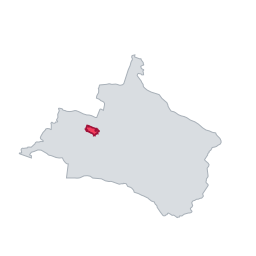 location of Luilu, Kasaï-Oriental, Democratic Republic of the Congo, rotated 109°
{"feature_id": "63176286B70348427219396", "entity_name": "Luilu", "entity_type": "district", "adm_level": 2, "iso_a3": "COD", "parent_name": "Democratic Republic of the Congo", "parent_adm1": "Kasaï-Oriental", "projection": "equal_earth", "projection_center": [23.592, -7.312], "detail": "fine", "context": "in_parent", "style": "filled", "palette": "rose", "viewbox_px": 256, "rotation_deg": 109, "n_neighbors": 0, "source": "geoboundaries", "source_scale": "gbopen_adm2", "svg_char_len": 6199}
<svg xmlns="http://www.w3.org/2000/svg" viewBox="0 0 256 256"><g transform="rotate(109 128 128)"><path d="M195.3,169.9L181.4,172.8L181.7,173.8L181.5,174.9L181.2,175.8L179.8,178.1L177.7,180.2L177.6,180.7L178.7,183.1L179.3,186.3L179.1,192.0L179.4,193.5L179.3,194.7L178.6,196.0L177.2,202.9L178.1,206.1L180.8,209.2L182.4,211.5L185.1,212.3L185.5,212.2L185.7,210.3L187.8,209.6L187.7,221.7L187.6,222.4L187.2,222.5L186.7,222.1L186.5,221.0L186.0,220.5L183.3,222.0L182.7,222.0L182.0,221.7L181.4,221.1L181.3,220.2L179.5,216.6L178.6,216.4L177.6,213.2L173.4,210.9L171.9,210.7L171.0,210.0L170.2,207.5L168.9,205.9L168.6,204.1L168.3,203.8L167.5,204.2L166.7,207.0L165.8,207.7L164.1,207.7L159.9,206.9L156.8,205.5L156.0,205.6L154.8,204.3L154.3,202.1L154.6,200.4L154.4,200.1L149.8,201.6L148.7,202.4L147.6,202.2L147.3,201.7L147.8,200.6L147.5,199.3L147.2,198.7L145.8,198.3L145.4,196.9L144.6,196.7L144.3,196.9L144.1,197.9L143.6,198.2L140.8,197.7L137.9,198.9L134.1,198.6L132.3,200.0L132.0,200.0L131.6,199.2L131.3,196.9L131.4,196.3L132.0,195.9L132.2,194.9L132.0,192.5L132.2,192.0L132.0,190.6L131.4,188.4L130.6,186.6L128.8,183.9L128.5,182.7L128.6,179.7L129.2,174.9L129.1,171.3L128.4,169.0L128.2,166.5L128.7,162.1L128.2,161.0L119.5,160.6L119.1,160.3L118.9,159.7L119.3,157.0L114.0,157.7L112.4,158.2L111.4,159.3L111.1,160.7L111.0,162.6L110.2,164.4L110.0,167.6L108.5,167.9L107.1,167.9L104.2,167.3L101.4,168.1L100.1,169.0L99.4,168.6L96.9,168.9L96.5,168.7L93.7,162.5L92.4,160.4L92.1,159.4L92.2,158.5L91.9,157.2L90.5,154.0L90.3,152.5L90.3,150.2L90.2,149.4L89.0,147.4L88.2,146.8L87.3,146.4L72.9,146.7L68.2,146.3L64.7,146.6L63.0,146.4L62.5,146.1L60.9,146.5L60.1,147.4L58.8,147.8L58.1,147.6L56.6,145.3L58.6,144.9L58.7,144.7L58.8,139.2L58.3,138.4L59.4,137.5L61.1,135.0L62.8,134.1L63.1,133.7L63.4,133.7L64.0,134.7L65.5,136.0L67.3,134.9L67.5,134.5L67.8,132.2L68.2,132.0L69.0,132.5L69.4,132.5L70.2,131.8L72.6,130.6L73.3,132.1L72.6,133.5L72.9,134.5L73.0,136.0L73.4,136.3L75.2,136.5L75.7,136.1L79.4,130.7L80.3,130.0L81.9,127.9L83.9,126.9L84.8,125.2L85.9,122.2L86.5,117.8L86.3,110.2L86.4,109.2L88.9,105.7L91.4,99.5L93.1,97.9L94.4,97.2L96.4,95.0L98.0,92.7L97.7,89.9L98.1,87.7L99.0,84.8L99.2,81.7L98.9,78.5L99.1,75.8L100.2,71.6L100.4,66.8L101.4,62.7L103.5,57.6L104.5,53.7L104.3,50.0L104.6,47.2L104.5,45.5L104.1,44.1L104.3,43.2L105.1,42.8L106.1,41.4L107.9,37.7L109.8,35.9L111.1,35.3L112.5,35.4L113.4,35.7L114.9,37.2L116.6,38.3L117.8,39.8L119.0,42.0L122.0,42.5L123.3,43.4L124.1,43.7L124.4,43.4L125.0,43.6L126.4,44.2L127.5,43.9L133.0,45.3L133.6,44.6L135.2,40.7L136.3,39.4L138.2,39.3L139.7,40.0L140.5,40.0L147.2,36.7L148.1,36.5L150.6,37.3L152.2,36.8L152.8,36.9L154.2,36.4L155.3,34.0L156.3,33.5L166.0,36.0L167.5,34.8L168.2,34.6L170.3,35.5L171.0,36.9L172.3,38.2L173.2,40.2L174.7,41.3L175.4,42.4L176.3,43.2L178.0,43.4L180.3,41.6L181.9,41.8L183.5,42.8L184.0,42.8L185.2,41.7L185.8,40.5L186.4,40.3L187.4,40.8L188.2,41.9L188.8,43.4L191.3,46.9L193.6,48.4L194.2,50.5L195.1,50.3L195.5,50.5L196.1,51.9L196.6,52.1L196.6,52.7L196.1,54.0L195.5,56.4L196.2,57.9L195.6,60.1L195.3,62.3L196.1,62.9L197.1,62.8L198.0,64.0L198.7,64.2L199.4,65.4L199.3,66.5L196.9,70.1L193.5,74.6L192.3,75.2L191.7,76.0L191.2,77.3L190.2,78.4L189.4,78.9L189.4,82.1L188.2,85.5L187.8,86.1L187.1,91.6L187.2,92.6L186.6,97.0L186.7,101.2L185.0,102.5L183.8,104.5L183.3,106.0L183.3,109.3L181.4,111.4L181.3,111.9L181.8,114.3L182.5,114.6L182.5,115.4L184.0,118.0L183.9,125.9L184.0,126.7L184.8,128.5L185.3,132.1L184.7,136.6L186.8,145.0L185.9,148.0L186.3,150.9L187.6,154.0L190.5,157.0L191.3,158.2L192.0,159.9L192.7,162.5L195.3,169.9Z" fill="#d9dde1" stroke="#a8b0b8" stroke-width="1"/><path d="M139.4,157.3L139.4,157.5L139.2,157.7L139.2,157.8L139.2,158.0L139.3,158.0L139.2,158.0L139.3,158.1L139.3,158.3L139.3,158.2L139.3,158.3L139.2,158.3L139.1,158.5L139.1,158.8L139.1,159.0L139.0,159.4L139.0,159.5L139.1,159.8L139.1,160.0L139.1,160.4L139.1,160.7L139.1,161.0L139.1,161.3L139.3,161.5L139.2,161.7L139.2,161.8L139.1,162.0L139.3,162.4L139.2,162.5L139.1,162.8L139.0,163.0L138.9,163.0L138.9,163.3L139.0,163.3L139.0,163.5L139.0,163.8L139.0,164.0L139.0,164.3L139.0,164.6L138.9,164.7L139.0,164.8L138.9,164.8L139.0,164.8L138.9,165.0L138.8,165.4L138.7,165.4L138.7,165.5L138.7,165.8L138.7,166.0L138.8,166.0L138.7,166.1L138.7,166.3L138.8,166.3L138.7,166.4L138.7,166.5L138.7,166.9L138.7,167.0L138.9,167.3L138.9,167.5L139.0,167.5L139.0,167.4L139.1,167.5L139.3,167.6L139.5,167.5L139.7,167.3L140.2,167.4L140.3,167.5L140.7,167.3L140.8,167.5L141.0,167.6L141.3,167.6L141.4,167.4L141.5,167.4L141.8,167.4L142.0,167.6L142.5,167.6L142.5,167.4L142.6,167.2L142.7,166.9L142.7,166.7L142.9,166.5L143.0,166.2L143.1,166.3L143.3,166.5L143.4,167.0L143.4,167.3L143.4,167.5L143.5,167.4L143.5,167.2L143.5,166.8L143.8,166.6L144.1,166.5L144.4,166.3L144.5,166.2L144.5,165.9L144.5,165.7L144.4,165.6L144.2,165.2L144.3,164.9L144.3,164.7L144.2,164.7L144.3,164.6L144.3,164.3L144.3,164.1L144.4,163.8L144.3,163.7L144.2,163.5L144.3,163.5L144.3,163.4L144.3,163.2L144.4,162.8L144.5,162.8L144.5,162.7L144.6,162.4L144.6,162.0L144.6,161.9L144.7,161.7L144.8,161.6L144.8,161.4L144.7,161.4L144.5,161.1L144.6,160.9L144.7,160.6L144.6,160.2L144.6,159.8L144.7,159.7L144.9,159.6L145.0,159.2L145.2,158.9L145.2,158.7L145.3,158.7L145.5,158.5L145.8,158.3L145.9,158.2L145.8,157.9L145.9,157.7L146.0,157.7L145.9,157.6L145.9,157.4L145.7,157.3L145.8,157.3L146.0,157.2L145.9,157.0L145.9,156.9L145.7,157.0L145.4,157.1L145.2,156.8L145.1,156.7L144.8,156.8L144.3,156.8L144.2,156.7L143.8,156.3L143.8,156.2L143.9,155.9L143.6,155.8L143.5,155.7L143.4,155.7L143.4,155.4L143.2,155.4L142.9,155.3L142.9,155.1L142.7,155.3L142.6,155.1L142.4,155.2L142.4,155.3L142.2,155.3L142.0,155.5L141.8,155.5L141.7,155.5L141.4,155.2L141.2,155.0L141.1,154.9L141.0,154.7L140.9,154.7L140.9,154.4L140.7,154.3L140.5,154.5L140.4,154.5L140.5,154.7L140.4,154.9L140.4,155.0L140.1,155.1L140.0,155.3L139.9,155.3L139.7,155.5L139.8,155.6L139.8,155.8L139.7,155.8L139.7,156.0L139.5,156.3L139.6,156.5L139.5,156.9L139.4,156.9L139.5,157.0L139.4,157.0L139.4,157.3ZM140.6,157.1L140.9,157.2L141.2,157.2L141.3,157.2L141.4,157.4L141.5,157.6L141.5,157.9L141.3,158.0L141.2,158.1L140.9,158.3L140.8,158.2L140.4,158.1L140.4,157.9L140.4,157.7L140.5,157.3L140.6,157.1Z" fill="#f43f5e" stroke="#9f1239" stroke-width="1.5"/></g></svg>